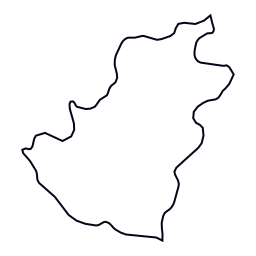 Quthing, Equal Earth projection
{"feature_id": "LSO-1205", "entity_name": "Quthing", "entity_type": "District", "adm_level": 1, "iso_a3": "LSO", "parent_name": "Lesotho", "parent_adm1": "", "projection": "equal_earth", "projection_center": [27.994, -30.33], "detail": "fine", "context": "isolated", "style": "outline", "palette": "ink", "viewbox_px": 256, "rotation_deg": 0, "n_neighbors": 0, "source": "natural_earth", "source_scale": "10m", "svg_char_len": 1626}
<svg xmlns="http://www.w3.org/2000/svg" viewBox="0 0 256 256"><path d="M233.7,74.4L229.3,83.9L225.3,88.6L222.9,90.7L219.7,96.0L217.9,98.1L215.4,99.4L207.9,100.7L203.2,102.9L197.8,106.6L193.8,111.8L193.2,118.2L196.0,122.8L199.8,124.8L202.8,127.9L203.5,135.7L201.7,143.1L198.3,147.8L176.4,167.6L174.4,171.7L175.0,174.4L178.0,180.4L178.8,183.8L178.5,186.6L174.1,202.5L173.2,204.6L171.2,207.7L169.1,209.7L167.0,211.1L164.8,212.9L163.2,216.0L161.7,222.9L161.9,228.5L162.5,234.0L162.4,240.6L156.3,237.5L125.9,234.5L120.6,232.5L115.4,229.5L113.0,227.3L111.0,224.9L108.8,223.0L105.8,221.8L103.6,222.2L98.7,225.0L96.1,225.5L85.3,223.8L76.4,220.6L68.7,215.0L54.8,196.8L39.1,183.0L37.5,180.1L37.1,177.0L36.9,173.9L36.1,170.9L29.9,160.8L23.2,153.2L22.3,149.8L25.8,148.4L28.6,149.2L30.7,148.9L32.5,146.3L34.2,138.8L35.9,135.7L45.0,132.9L62.5,141.0L71.2,136.4L74.2,129.8L73.9,123.3L70.1,109.9L69.6,106.7L69.6,103.8L70.5,101.7L72.9,101.4L74.2,102.4L76.0,105.8L77.0,106.8L85.7,109.0L90.2,108.7L94.7,106.8L95.8,105.6L99.9,99.8L106.9,95.3L107.8,93.4L109.2,89.1L110.1,87.3L111.4,85.6L114.5,83.2L115.7,81.8L117.2,77.6L116.8,73.5L114.7,65.0L114.8,60.0L115.8,55.5L121.2,43.8L123.0,41.0L125.2,39.0L127.9,37.7L134.8,37.7L141.4,36.1L143.6,35.9L156.9,39.8L161.5,39.1L170.4,36.0L174.2,33.1L175.7,28.4L178.3,23.9L184.2,22.8L195.3,24.0L203.9,20.7L210.4,15.4L212.3,23.2L214.0,29.0L213.3,31.7L212.1,33.0L207.2,33.4L199.3,38.2L197.3,40.6L196.1,43.2L194.9,49.1L194.5,51.9L194.5,54.5L194.9,56.7L195.9,58.9L197.8,61.2L200.6,62.6L222.9,65.8L224.8,65.7L226.4,65.3L227.9,66.2L229.2,67.1L233.6,74.2L233.7,74.4Z" fill="none" stroke="#020617" stroke-width="2"/></svg>